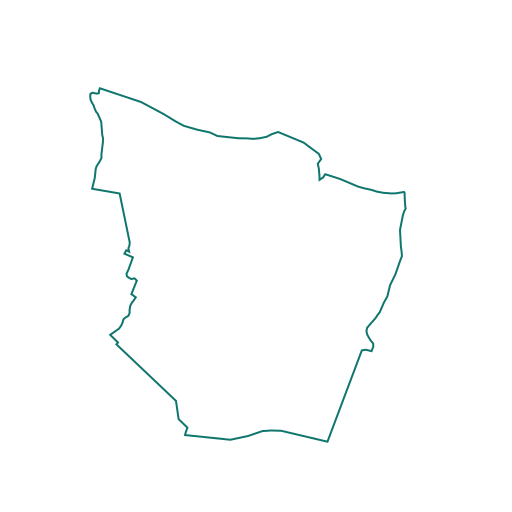 Batu Pahat, Johor, Malaysia (Mercator projection), rotated 168°
{"feature_id": "92858781B37388362285714", "entity_name": "Batu Pahat", "entity_type": "district", "adm_level": 2, "iso_a3": "MYS", "parent_name": "Malaysia", "parent_adm1": "Johor", "projection": "mercator", "projection_center": [103.04, 1.914], "detail": "fine", "context": "isolated", "style": "outline", "palette": "teal", "viewbox_px": 512, "rotation_deg": 168, "n_neighbors": 0, "source": "geoboundaries", "source_scale": "gbopen_adm2", "svg_char_len": 1819}
<svg xmlns="http://www.w3.org/2000/svg" viewBox="0 0 512 512"><g transform="rotate(168 256 256)"><path d="M224.7,59.5L172.1,141.7L167.9,141.4L162.8,138.9L160.1,143.0L159.6,146.0L161.6,150.0L162.8,153.5L163.6,156.3L163.6,159.6L162.3,162.6L159.1,165.1L155.3,167.9L152.0,170.4L149.5,172.9L146.7,175.2L140.7,183.7L135.9,189.2L130.9,199.6L123.6,208.9L116.0,221.4L113.3,225.5L112.8,229.0L112.5,232.5L112.3,235.3L109.7,251.6L104.0,265.0L101.7,269.0L99.7,271.3L99.7,273.3L98.9,279.1L97.4,287.8L97.0,287.8L106.0,288.2L110.4,289.0L118.2,291.3L124.1,293.7L129.6,296.8L136.7,300.0L141.8,302.7L146.9,306.3L157.5,313.7L165.8,318.5L171.3,321.6L174.0,318.9L178.0,317.3L177.2,321.6L176.4,328.3L176.4,333.4L172.1,337.3L173.3,342.8L179.6,349.9L185.8,357.0L208.6,372.7L215.3,371.9L220.8,370.4L227.5,370.4L234.2,371.1L240.9,373.1L248.3,374.7L256.6,377.4L268.8,381.4L275.5,386.5L286.9,391.6L299.5,398.3L306.9,404.6L316.8,414.0L336.4,430.5L373.8,452.5L375.2,450.4L375.9,447.9L377.7,447.9L379.7,448.6L381.7,449.7L384.2,449.1L385.0,446.6L385.3,443.1L384.5,439.8L383.5,437.1L383.2,433.8L382.5,430.5L381.2,428.0L379.5,419.5L381.2,406.6L381.2,402.4L382.2,398.8L386.0,387.8L386.8,384.0L388.8,381.5L393.3,376.9L394.8,374.2L396.1,370.1L397.6,365.6L402.3,355.9L401.2,355.4L376.4,345.5L376.7,295.4L377.7,292.4L379.2,290.1L379.2,286.6L381.7,288.6L384.2,285.6L376.7,280.3L383.7,269.0L386.3,265.7L386.5,263.0L384.7,261.0L382.7,259.4L379.5,259.4L377.7,256.7L385.8,244.6L382.2,240.6L384.7,238.1L387.3,236.0L389.3,233.5L390.8,229.8L391.5,226.5L393.3,224.0L396.3,223.0L398.8,221.7L400.3,218.7L402.4,215.9L405.1,213.4L407.1,212.6L415.0,209.2L409.0,200.1L410.9,198.6L364.4,130.9L365.6,112.5L358.8,102.4L360.3,99.9L361.9,97.2L362.6,95.6L319.3,81.6L300.9,81.6L286.2,83.4L277.6,82.2L267.7,79.8L224.7,59.5Z" fill="none" stroke="#0f766e" stroke-width="2"/></g></svg>